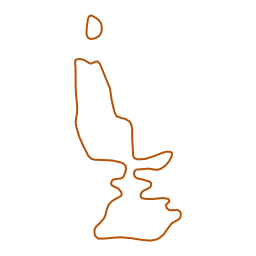 Sokh, Ferghana, Uzbekistan
{"feature_id": "79887680B62053175719936", "entity_name": "Sokh", "entity_type": "district", "adm_level": 2, "iso_a3": "UZB", "parent_name": "Uzbekistan", "parent_adm1": "Ferghana", "projection": "natural_earth1", "projection_center": [71.105, 40.075], "detail": "fine", "context": "isolated", "style": "outline", "palette": "amber", "viewbox_px": 256, "rotation_deg": 0, "n_neighbors": 0, "source": "geoboundaries", "source_scale": "gbopen_adm2", "svg_char_len": 1916}
<svg xmlns="http://www.w3.org/2000/svg" viewBox="0 0 256 256"><path d="M89.7,63.3L84.4,60.1L80.4,59.0L78.0,59.1L75.4,60.1L75.1,63.3L75.5,67.8L75.6,77.7L75.7,88.4L76.1,95.2L76.7,101.2L77.2,107.9L77.0,113.5L76.1,118.1L75.6,122.1L76.3,126.9L79.3,137.0L83.2,145.7L88.2,155.6L91.1,158.7L95.0,159.8L102.3,160.0L112.4,160.5L120.7,162.4L123.4,163.6L125.6,165.8L126.0,169.8L124.8,173.6L123.6,176.7L121.0,178.5L116.5,178.9L112.8,179.7L111.3,182.0L111.1,183.9L112.1,185.6L118.3,188.5L121.2,192.0L121.7,194.4L120.7,196.3L117.2,198.0L112.0,201.1L108.8,204.4L106.6,210.1L105.7,214.2L104.5,217.3L103.6,218.8L99.8,223.2L96.2,226.5L94.7,229.1L94.4,231.9L94.9,235.1L95.9,236.7L98.6,238.6L103.8,238.6L108.3,238.2L114.5,237.6L121.0,237.3L131.5,238.2L136.2,239.0L143.8,240.1L150.3,240.6L156.1,239.6L159.5,237.9L163.5,234.6L166.9,229.8L169.4,226.3L171.7,223.4L174.7,221.6L179.0,219.2L180.5,217.0L180.9,213.4L179.5,211.0L176.8,209.9L171.9,210.3L169.1,210.0L166.9,208.3L165.9,205.4L167.0,203.5L169.1,202.1L169.3,200.6L168.3,198.9L162.7,198.0L152.4,199.1L145.6,198.9L142.0,198.2L140.6,196.5L140.9,193.7L142.8,191.1L148.3,188.4L150.6,186.7L151.2,184.3L150.9,183.1L150.3,181.9L143.2,179.7L137.3,178.4L135.0,177.0L134.0,174.5L134.4,171.4L136.2,169.6L143.6,169.0L148.5,168.6L153.2,169.4L156.9,169.8L160.6,168.9L165.4,165.7L169.1,161.3L171.7,156.0L172.0,153.2L170.6,151.9L166.9,151.6L162.4,152.8L156.0,155.4L150.5,157.3L145.5,158.9L137.7,159.4L134.6,158.3L133.2,155.8L132.9,151.4L132.2,138.1L132.1,128.6L131.3,124.5L129.6,121.6L125.4,118.9L121.4,118.1L118.7,116.9L116.7,116.4L114.7,112.6L113.0,106.1L111.6,99.7L110.7,93.3L110.0,88.5L107.8,83.1L101.4,67.5L100.1,64.2L98.0,61.7L96.4,61.5L94.3,62.1L91.7,63.5L89.7,63.3ZM96.2,37.8L99.4,35.7L101.3,32.4L101.8,29.5L101.7,26.3L101.0,23.3L98.8,20.2L96.5,18.3L91.4,15.4L89.0,16.4L87.9,19.5L86.8,27.0L86.5,34.1L87.7,37.4L89.8,38.8L93.0,38.8L96.2,37.8Z" fill="none" stroke="#b45309" stroke-width="2"/></svg>